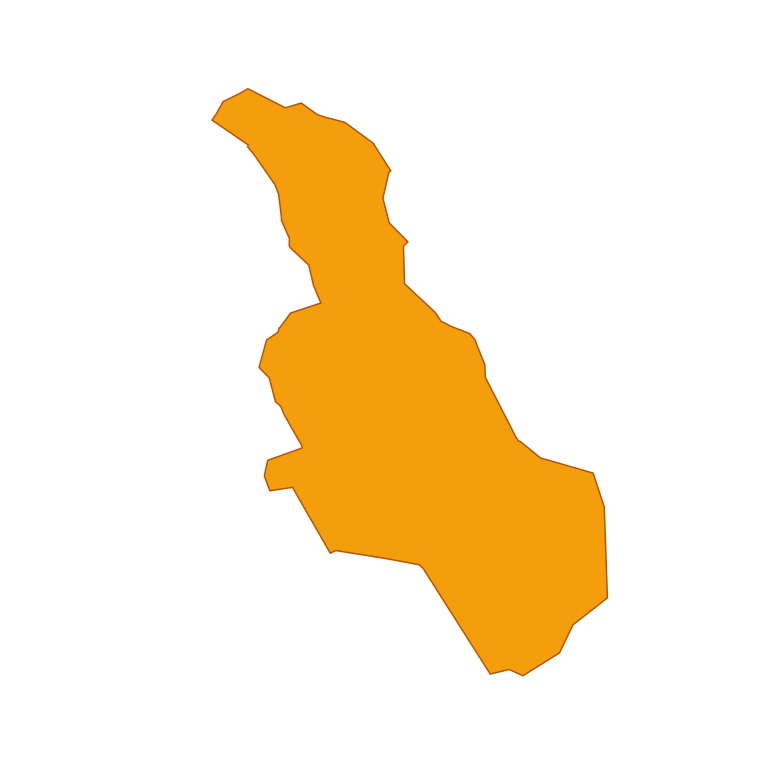 Okobo, Akwa Ibom, Nigeria (Robinson projection), rotated 137°
{"feature_id": "59680162B18997887117478", "entity_name": "Okobo", "entity_type": "district", "adm_level": 2, "iso_a3": "NGA", "parent_name": "Nigeria", "parent_adm1": "Akwa Ibom", "projection": "robinson", "projection_center": [8.124, 4.821], "detail": "fine", "context": "isolated", "style": "filled", "palette": "amber", "viewbox_px": 768, "rotation_deg": 137, "n_neighbors": 0, "source": "geoboundaries", "source_scale": "gbopen_adm2", "svg_char_len": 1100}
<svg xmlns="http://www.w3.org/2000/svg" viewBox="0 0 768 768"><g transform="rotate(137 384 384)"><path d="M504.1,99.4L487.2,89.9L481.4,75.9L439.0,67.7L409.9,79.0L366.5,75.2L306.8,143.8L291.8,176.2L320.0,223.2L323.5,249.0L324.4,250.4L324.0,254.3L305.4,319.6L297.1,329.4L295.4,333.9L289.4,349.2L287.6,353.3L287.2,354.6L286.9,362.4L295.5,380.1L299.5,391.2L297.7,401.0L300.6,443.3L275.9,471.4L269.6,471.7L270.3,498.2L258.1,520.6L236.4,535.3L233.7,535.2L227.7,567.5L234.2,602.1L245.4,619.7L249.1,626.7L252.9,645.9L267.8,653.3L282.2,692.8L292.1,695.1L307.4,699.8L308.9,700.3L321.9,696.1L329.8,694.3L320.3,651.5L322.1,650.1L322.5,640.9L327.9,603.7L331.7,594.5L345.9,575.1L347.3,573.8L353.9,555.0L359.1,549.6L359.6,547.0L357.9,522.3L368.3,504.2L374.9,486.3L403.9,499.6L421.1,496.4L422.5,496.5L426.4,494.1L439.8,496.3L464.1,481.3L463.7,466.8L475.4,445.1L474.8,437.9L478.2,428.6L486.2,394.8L487.7,393.2L488.0,393.3L521.1,407.5L533.9,398.6L534.2,398.3L540.3,383.8L521.4,370.8L538.7,296.9L532.8,295.0L501.7,255.1L481.7,228.0L481.1,222.7L504.1,99.4Z" fill="#f59e0b" stroke="#b45309" stroke-width="1.5"/></g></svg>